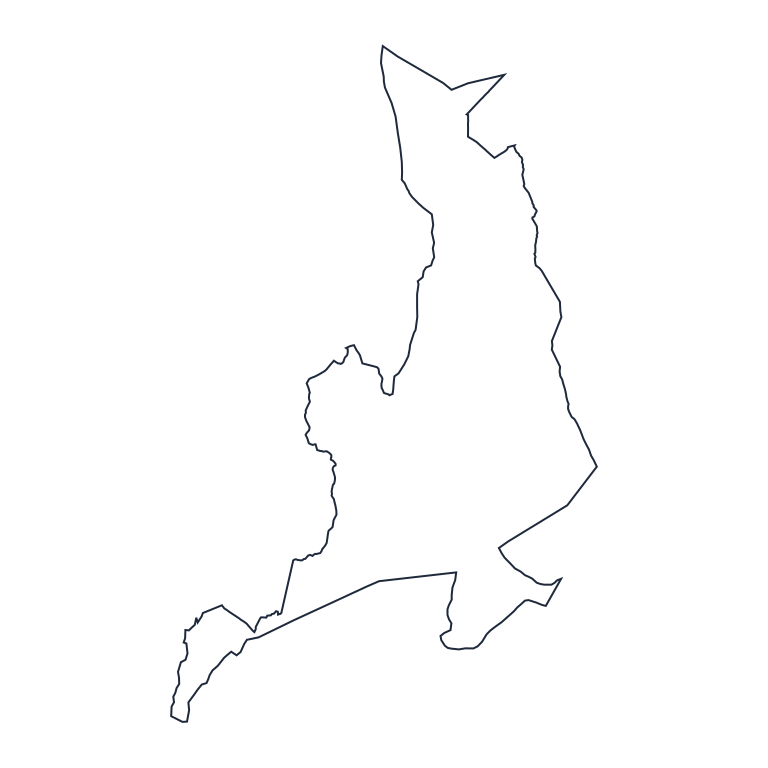 Santiago Nuyoó, Oaxaca, Mexico
{"feature_id": "50627088B90453813350653", "entity_name": "Santiago Nuyoó", "entity_type": "district", "adm_level": 2, "iso_a3": "MEX", "parent_name": "Mexico", "parent_adm1": "Oaxaca", "projection": "equal_earth", "projection_center": [-97.77, 17.01], "detail": "fine", "context": "isolated", "style": "outline", "palette": "slate", "viewbox_px": 768, "rotation_deg": 0, "n_neighbors": 0, "source": "geoboundaries", "source_scale": "gbopen_adm2", "svg_char_len": 6089}
<svg xmlns="http://www.w3.org/2000/svg" viewBox="0 0 768 768"><path d="M504.3,74.8L479.4,80.6L467.9,83.3L459.9,86.5L454.3,88.7L451.6,89.8L446.1,85.4L443.0,82.9L397.8,56.6L382.8,46.1L381.5,55.3L381.0,63.1L383.7,76.5L383.9,81.6L384.9,87.4L387.2,92.8L391.6,103.0L395.6,116.6L397.9,133.5L400.2,147.5L401.8,161.9L402.1,172.6L401.8,179.8L404.8,183.4L407.5,189.6L408.3,190.3L409.4,193.2L411.9,196.8L418.4,203.4L423.5,208.0L431.8,214.3L433.2,224.9L431.8,232.5L434.1,242.7L433.4,246.0L432.8,248.1L434.2,257.3L432.6,260.6L431.1,265.4L426.0,267.5L423.6,271.4L422.7,277.2L417.8,281.2L418.5,284.4L417.1,294.3L417.1,307.3L417.3,317.0L415.6,329.8L413.9,333.0L410.0,345.2L409.9,346.6L409.7,348.6L409.4,350.5L408.9,353.0L408.3,356.2L404.3,364.3L398.6,373.3L394.4,376.4L393.8,381.6L393.4,386.7L393.3,388.9L392.6,393.9L389.4,395.3L388.6,394.4L386.9,393.9L384.0,393.0L383.7,392.3L383.0,390.7L382.1,388.7L381.7,388.2L381.4,385.8L381.5,383.3L382.0,381.7L382.4,378.5L382.0,377.6L380.9,375.7L379.2,373.6L378.6,369.4L378.4,368.5L376.9,367.2L373.1,366.1L371.8,365.8L362.4,363.4L360.0,355.5L359.1,353.8L356.4,350.0L354.0,345.2L351.4,345.8L349.5,346.4L346.1,348.0L347.7,349.1L347.8,351.1L347.7,352.8L347.3,354.7L347.0,355.4L344.9,357.6L343.9,360.1L343.7,361.2L343.4,361.8L342.1,363.3L340.7,363.9L339.7,363.5L338.2,363.4L337.6,363.1L336.2,362.3L333.9,360.7L331.7,363.3L330.8,364.2L329.1,366.3L327.7,368.0L327.1,368.6L326.7,369.3L324.5,371.2L323.1,372.0L319.6,374.1L315.6,376.2L312.4,377.5L311.3,377.9L309.2,379.0L308.7,379.8L306.7,383.3L308.6,388.2L309.8,392.8L309.3,393.7L309.1,395.2L308.9,398.4L309.9,401.6L309.7,402.1L307.5,406.4L306.9,407.8L305.7,410.5L305.9,412.6L305.0,414.8L305.0,417.1L306.1,420.3L307.3,422.7L308.5,425.0L309.6,427.3L309.1,430.3L307.0,432.6L305.6,434.8L307.4,438.5L308.8,443.2L311.1,444.4L312.8,444.9L314.8,444.3L315.6,444.3L315.8,445.2L316.4,447.3L317.2,450.0L320.3,451.0L321.9,451.1L322.9,451.6L326.8,451.3L329.4,453.0L331.3,455.0L331.3,456.3L331.4,457.0L331.0,457.8L330.8,459.6L333.2,460.9L334.2,462.0L334.6,462.5L335.6,463.9L335.6,465.4L333.7,466.3L332.8,468.2L332.6,469.4L332.8,470.2L333.4,471.7L333.7,472.9L334.5,475.4L335.0,477.4L335.0,478.4L334.9,480.1L334.4,482.5L334.1,483.7L333.3,484.3L332.8,485.3L332.4,487.4L332.0,488.9L331.6,491.6L332.0,494.0L331.6,495.5L332.7,497.5L333.9,499.1L334.4,501.7L335.5,505.9L335.8,507.8L336.3,510.4L336.5,514.6L334.1,519.2L333.6,520.3L332.6,527.0L331.5,528.2L328.8,530.5L328.4,531.3L327.8,534.9L327.2,539.4L326.6,543.1L326.0,544.1L325.4,545.2L324.3,546.7L322.2,549.2L321.6,551.0L320.2,553.1L316.3,554.0L315.2,553.9L313.9,554.6L312.5,555.9L311.4,555.4L310.0,554.9L308.1,555.6L305.4,558.8L305.1,558.8L303.9,559.0L302.2,560.3L300.7,560.4L297.5,559.9L296.0,559.3L294.4,559.6L293.2,560.5L281.3,613.1L280.1,614.0L279.3,614.0L278.1,614.6L277.9,611.9L276.1,611.2L274.0,613.6L271.8,614.1L270.9,615.3L270.0,615.3L269.4,615.5L267.3,615.6L266.3,617.6L261.8,617.3L260.8,617.5L259.8,619.1L255.7,627.0L255.8,629.0L254.4,632.1L253.3,631.2L251.8,629.6L251.5,629.3L246.6,623.6L245.1,622.5L242.8,620.9L241.4,620.1L239.2,618.4L237.4,617.2L233.0,614.3L230.1,612.4L226.9,610.1L224.4,608.5L221.9,605.3L202.9,613.0L201.6,616.5L197.7,622.5L196.3,617.7L194.8,624.8L191.0,628.3L188.9,630.4L185.4,630.0L185.1,638.3L183.7,642.5L186.4,643.5L187.5,653.4L185.5,659.8L180.9,662.2L178.0,671.9L179.0,677.6L179.2,684.0L176.6,688.0L175.3,692.9L173.3,696.7L174.0,702.3L171.6,706.5L171.2,716.2L182.5,721.9L187.0,721.6L189.1,710.3L188.4,702.4L190.7,699.3L194.3,694.4L197.6,689.7L201.8,684.5L206.5,683.1L208.2,679.3L209.7,675.0L212.6,670.3L217.9,665.7L221.5,661.1L224.0,657.9L226.8,655.4L231.2,651.7L236.6,655.3L240.6,652.0L244.2,644.0L246.9,639.8L258.5,637.4L294.1,620.1L329.7,603.7L365.7,587.0L379.0,581.2L456.2,572.4L455.2,580.1L452.5,587.4L451.7,594.8L451.7,599.6L448.8,605.4L447.5,609.3L447.5,615.0L449.0,619.3L451.4,623.3L450.5,630.1L444.2,633.0L440.5,636.0L441.3,640.2L444.9,645.7L447.7,647.9L451.2,648.6L458.9,649.4L465.5,648.3L469.2,648.4L473.5,648.4L477.7,646.3L482.1,641.7L486.6,634.3L490.6,630.3L494.9,627.0L501.6,622.2L510.3,614.5L514.0,611.2L517.3,607.4L520.6,604.6L525.0,600.6L528.5,600.1L536.4,602.6L541.9,604.9L545.8,605.9L561.1,578.8L557.1,580.3L554.5,582.9L551.4,584.7L547.9,584.7L544.3,584.7L540.4,584.0L536.7,582.7L532.2,578.6L528.9,576.9L525.0,575.2L520.7,571.6L515.0,568.5L510.6,563.8L504.6,557.7L501.6,553.1L498.9,548.0L508.4,541.3L567.3,505.3L596.8,466.7L593.8,460.3L591.1,455.7L589.0,449.6L586.4,444.8L583.6,439.2L580.2,430.2L578.6,426.9L577.2,423.8L574.5,419.2L571.6,416.9L569.3,412.2L568.1,409.0L568.1,406.3L568.6,403.9L567.5,401.3L566.3,396.6L566.1,394.5L564.9,389.0L563.6,384.9L562.2,379.6L560.3,376.1L559.6,371.6L560.1,366.8L551.8,349.6L552.4,345.4L551.9,341.0L561.4,317.1L560.4,311.7L559.9,301.8L541.5,270.5L539.3,268.0L535.9,265.5L535.3,263.3L534.8,258.6L535.6,257.0L534.4,253.8L535.3,252.7L535.4,249.6L535.2,245.4L536.0,241.8L536.4,238.1L537.1,236.8L536.7,235.2L537.5,233.0L537.1,230.8L536.8,226.3L534.2,221.8L532.3,218.7L532.4,217.5L534.4,216.4L535.0,214.5L536.7,211.2L536.2,210.0L533.6,206.9L533.8,205.6L532.3,203.1L532.3,201.9L528.7,192.9L524.4,187.4L523.7,185.9L524.3,184.2L523.0,177.7L522.3,174.9L523.6,169.7L523.5,168.6L522.9,167.4L522.8,166.3L523.1,165.1L521.9,162.1L522.4,159.9L521.6,157.5L519.6,155.9L518.6,153.8L516.3,151.8L514.9,148.7L514.1,146.4L514.7,145.4L508.0,147.1L507.9,147.2L507.6,148.6L506.8,149.7L506.0,150.5L505.0,151.2L504.5,151.6L503.1,152.5L501.3,153.5L498.1,155.5L497.5,156.0L496.2,156.8L495.0,157.5L494.4,157.9L491.3,155.2L489.7,153.8L488.1,152.3L486.8,151.2L485.3,149.7L483.6,148.3L483.2,147.9L482.0,146.9L481.5,146.4L480.5,145.6L478.4,143.6L477.8,143.2L477.4,142.7L476.6,142.0L476.1,141.7L475.6,141.4L474.9,140.9L474.3,140.6L473.8,140.2L473.3,139.8L473.0,139.7L472.6,139.5L471.0,138.5L470.0,138.0L469.6,137.6L468.9,137.3L468.0,136.7L468.0,135.7L468.1,127.7L468.0,126.1L468.0,123.2L468.2,120.8L468.1,119.4L468.1,117.1L468.1,115.0L466.7,114.4L469.9,111.1L474.1,106.6L480.6,99.7L481.6,98.7L483.1,97.3L483.7,96.5L486.7,93.4L488.1,92.2L489.2,90.8L495.1,84.6L497.7,81.8L504.3,74.8Z" fill="none" stroke="#1e293b" stroke-width="2"/></svg>